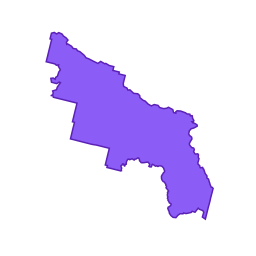 Sanders, Montana, United States of America (Natural Earth projection), rotated 194°
{"feature_id": "52423323B19966710463863", "entity_name": "Sanders", "entity_type": "district", "adm_level": 2, "iso_a3": "USA", "parent_name": "United States of America", "parent_adm1": "Montana", "projection": "natural_earth1", "projection_center": [-115.304, 47.691], "detail": "fine", "context": "isolated", "style": "filled", "palette": "violet", "viewbox_px": 256, "rotation_deg": 194, "n_neighbors": 0, "source": "geoboundaries", "source_scale": "gbopen_adm2", "svg_char_len": 4115}
<svg xmlns="http://www.w3.org/2000/svg" viewBox="0 0 256 256"><g transform="rotate(194 128 128)"><path d="M30.9,58.3L30.9,70.4L30.8,75.2L30.8,76.8L30.8,78.2L30.9,79.0L30.8,87.0L30.8,90.0L31.9,90.8L32.8,90.6L35.1,93.5L35.2,94.1L36.4,95.8L37.0,97.1L37.7,98.0L39.1,98.4L39.5,98.9L39.7,100.5L42.2,102.6L44.6,106.4L45.4,106.6L45.6,107.3L46.1,107.8L48.2,106.9L48.9,107.8L49.3,108.8L51.3,109.9L51.9,111.7L51.7,112.5L51.7,115.5L52.5,116.1L53.0,117.6L53.0,118.7L53.4,119.4L54.1,119.8L56.3,119.0L57.0,119.3L58.6,120.9L58.4,122.9L59.0,123.9L59.4,124.4L60.4,124.5L61.0,124.3L62.6,125.2L63.9,126.2L64.7,127.4L64.3,129.7L63.3,132.8L64.0,134.5L65.7,135.4L66.2,135.4L67.7,136.9L67.8,140.1L66.5,142.6L64.8,143.5L63.9,144.1L61.3,146.5L61.6,147.6L62.9,148.2L65.3,148.8L66.4,148.7L67.5,149.6L66.0,150.2L65.9,151.2L67.7,153.1L68.6,155.4L68.9,155.5L70.5,154.9L71.2,156.3L72.4,156.3L73.9,155.8L74.4,156.1L76.1,156.7L81.0,157.2L84.5,156.6L85.5,155.4L85.2,154.0L87.5,154.0L89.0,156.7L93.8,157.9L95.3,156.5L98.2,155.4L102.2,155.5L104.3,157.2L108.2,157.1L110.7,155.1L114.1,156.0L117.9,158.3L119.9,158.5L123.7,160.3L124.5,162.3L126.8,163.6L130.9,163.0L135.4,165.5L137.2,164.7L138.7,166.5L142.3,167.3L143.4,170.1L143.4,178.3L150.0,178.3L150.0,180.2L156.6,180.2L156.6,184.1L161.3,184.1L165.1,185.3L166.1,184.7L170.6,186.0L172.8,183.4L178.1,184.5L182.6,185.6L185.8,186.0L188.0,187.9L193.3,190.5L195.7,190.7L197.2,192.2L200.4,191.9L202.6,193.7L206.9,195.0L207.7,194.4L208.5,196.4L207.5,198.8L209.9,200.5L213.1,201.7L214.5,203.1L214.8,203.1L215.1,203.2L215.3,203.3L215.9,203.5L216.2,203.5L216.4,203.5L216.5,203.5L216.9,203.6L217.2,203.7L217.5,203.7L217.8,203.7L218.2,203.8L220.1,202.0L222.6,202.9L225.2,201.5L225.2,195.6L223.5,195.6L223.4,172.5L214.5,172.5L212.7,171.6L210.6,172.4L210.7,171.3L207.7,168.0L208.7,165.6L209.0,161.2L210.4,159.7L210.5,157.7L212.7,158.4L214.9,157.5L213.3,153.9L207.9,153.8L205.9,155.9L204.5,155.6L206.5,150.6L206.6,147.9L210.1,145.7L209.1,144.1L209.0,142.1L210.8,140.6L208.9,141.5L207.9,139.8L183.5,139.8L183.4,120.6L181.3,120.6L181.3,114.8L181.2,103.5L158.9,103.4L154.5,103.8L141.2,103.8L141.1,86.6L138.9,86.6L138.9,84.6L137.8,84.6L135.8,84.6L131.1,84.6L127.9,84.6L124.6,84.6L124.0,85.0L124.2,85.4L124.4,85.8L124.5,86.6L124.4,87.6L124.9,88.2L125.4,88.7L125.7,89.3L125.5,89.8L124.9,90.3L124.8,91.0L124.6,91.8L124.2,92.0L123.5,92.0L123.2,91.3L122.6,90.5L122.1,90.3L121.8,90.6L122.0,90.9L121.9,91.7L121.4,92.4L121.0,92.4L121.0,93.0L121.1,93.3L121.3,94.0L121.3,94.5L121.2,95.0L121.3,95.5L121.1,96.2L120.8,97.0L120.6,97.4L120.4,97.8L120.0,97.9L119.5,97.8L119.0,98.0L118.7,97.7L118.2,98.0L117.7,98.3L117.2,98.7L116.4,99.1L115.8,99.0L115.1,98.5L114.1,98.5L113.9,99.0L113.9,99.3L113.4,99.6L112.7,99.8L112.0,100.6L111.5,101.1L111.1,101.3L110.6,101.5L110.1,101.1L109.5,100.5L109.2,99.7L108.8,98.9L107.8,98.4L107.1,97.7L106.3,97.6L105.1,97.9L104.0,98.3L103.0,98.7L101.9,99.2L100.4,99.7L99.3,99.0L98.4,98.3L98.2,97.4L98.3,96.5L98.5,95.9L97.8,95.6L97.0,95.7L96.1,95.8L95.9,96.4L95.8,96.9L95.8,97.7L95.8,98.3L95.3,98.7L94.9,98.6L93.6,98.2L92.2,97.6L91.3,98.0L91.2,98.2L90.5,98.2L90.1,97.9L89.5,98.0L89.3,98.2L88.6,98.8L87.5,99.1L86.1,99.1L85.2,98.7L84.3,98.1L83.7,97.6L83.2,96.8L82.7,96.0L82.1,95.3L82.0,94.5L82.3,93.7L82.9,92.8L83.1,91.8L83.5,90.9L83.7,90.0L83.9,89.3L83.7,88.7L83.5,87.8L83.3,87.2L83.1,86.8L82.8,86.5L82.6,86.0L82.2,85.6L81.6,85.1L81.0,84.6L80.5,84.5L79.6,84.3L79.0,83.8L78.7,83.4L78.2,82.9L77.6,82.4L77.5,81.8L77.4,81.5L76.8,81.1L76.4,80.6L76.5,80.0L76.7,79.4L76.5,79.0L75.7,78.6L75.4,78.3L74.8,77.7L74.2,77.4L73.7,77.0L73.5,76.7L73.4,76.3L73.6,76.3L73.9,75.7L74.1,75.0L73.6,74.4L73.7,73.8L73.7,72.8L73.4,72.1L73.2,71.4L72.5,70.7L72.8,69.4L72.0,68.5L71.6,68.0L71.7,67.5L71.2,67.0L70.6,66.6L70.1,65.8L69.7,65.3L68.6,65.1L67.8,64.7L67.7,63.7L67.8,63.2L68.2,62.7L68.8,61.8L69.1,61.3L69.6,61.2L69.8,61.0L69.9,60.8L69.9,60.0L69.9,59.5L69.3,58.8L68.9,58.0L68.4,57.4L67.9,57.1L67.3,55.4L65.3,53.5L62.7,52.2L59.8,52.6L58.6,55.2L56.8,57.4L53.8,58.1L53.5,59.0L51.0,59.0L46.3,61.3L45.6,62.7L42.6,62.5L40.5,67.2L39.1,66.4L35.5,66.0L34.1,64.5L34.3,59.6L30.9,58.3Z" fill="#8b5cf6" stroke="#5b21b6" stroke-width="1.5"/></g></svg>